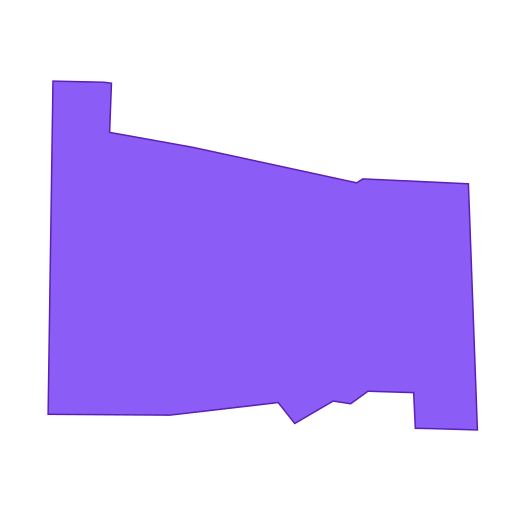 outline of Madison, Ohio, United States of America, rotated 87°
{"feature_id": "52423323B7238246753004", "entity_name": "Madison", "entity_type": "district", "adm_level": 2, "iso_a3": "USA", "parent_name": "United States of America", "parent_adm1": "Ohio", "projection": "natural_earth1", "projection_center": [-83.395, 39.903], "detail": "fine", "context": "isolated", "style": "filled", "palette": "violet", "viewbox_px": 512, "rotation_deg": 87, "n_neighbors": 0, "source": "geoboundaries", "source_scale": "gbopen_adm2", "svg_char_len": 403}
<svg xmlns="http://www.w3.org/2000/svg" viewBox="0 0 512 512"><g transform="rotate(87 256 256)"><path d="M70.7,449.6L403.2,471.9L410.4,350.4L403.5,241.5L425.3,226.1L404.9,186.6L408.5,169.2L396.9,151.3L400.7,105.7L436.4,105.9L437.7,88.0L441.3,44.0L195.0,40.1L184.6,145.2L188.2,151.7L144.2,313.3L124.9,395.7L75.9,391.3L74.5,398.8L70.7,449.6Z" fill="#8b5cf6" stroke="#5b21b6" stroke-width="1.5"/></g></svg>